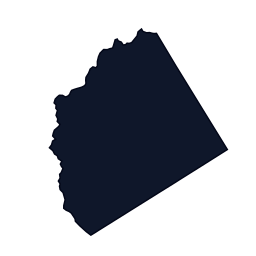 the district of Granito, Pernambuco, Brazil, rotated 251°
{"feature_id": "56859067B26084902822127", "entity_name": "Granito", "entity_type": "district", "adm_level": 2, "iso_a3": "BRA", "parent_name": "Brazil", "parent_adm1": "Pernambuco", "projection": "orthographic", "projection_center": [-39.657, -7.79], "detail": "fine", "context": "isolated", "style": "filled", "palette": "ink", "viewbox_px": 256, "rotation_deg": 251, "n_neighbors": 0, "source": "geoboundaries", "source_scale": "gbopen_adm2", "svg_char_len": 1404}
<svg xmlns="http://www.w3.org/2000/svg" viewBox="0 0 256 256"><g transform="rotate(251 128 128)"><path d="M75.3,214.9L122.6,204.3L167.1,194.4L170.6,193.6L208.2,185.7L208.8,183.4L209.8,181.5L211.2,179.5L212.0,176.5L214.5,173.5L217.2,173.0L216.5,171.0L215.6,168.8L212.1,166.6L210.8,164.5L207.5,159.2L207.6,156.6L208.5,154.7L207.6,152.9L208.0,150.5L211.4,149.6L213.6,147.1L215.6,146.8L215.6,144.6L210.9,141.3L208.6,139.5L208.9,136.6L208.8,134.1L210.1,130.5L207.9,126.0L205.1,123.4L200.9,120.7L196.5,119.2L195.4,117.3L197.2,114.7L196.0,111.4L194.2,109.9L192.6,108.5L191.3,106.9L189.6,104.8L187.0,103.6L183.8,102.8L182.2,101.0L181.7,98.1L181.7,96.0L181.9,92.9L182.0,89.4L181.9,86.9L180.5,85.3L178.7,83.7L177.7,81.3L177.7,78.9L180.2,76.7L181.3,73.7L180.4,71.3L179.0,68.6L175.8,66.3L173.3,67.6L170.1,66.2L167.7,67.1L163.4,64.1L159.5,64.6L157.2,63.2L153.7,64.9L152.1,63.2L149.9,57.7L147.4,55.7L145.0,54.2L141.0,55.9L140.2,52.5L136.9,50.2L134.9,47.3L131.0,49.6L127.3,50.1L124.9,52.1L121.6,52.1L118.2,54.7L115.9,52.3L113.3,52.6L111.0,53.4L107.5,50.3L106.5,48.3L102.7,47.5L100.5,44.9L97.2,45.7L95.3,44.3L91.8,43.8L88.1,45.6L80.6,45.2L75.7,42.1L73.0,41.1L70.4,42.8L68.2,45.2L66.0,46.7L59.5,48.4L56.9,47.9L51.0,50.7L48.9,51.9L46.5,53.2L43.6,54.8L38.8,58.0L40.0,63.4L40.7,66.2L57.3,137.9L61.3,155.4L62.5,160.3L64.3,168.0L65.7,174.0L69.1,188.6L75.3,214.9Z" fill="#0f172a" stroke="#020617" stroke-width="1.5"/></g></svg>